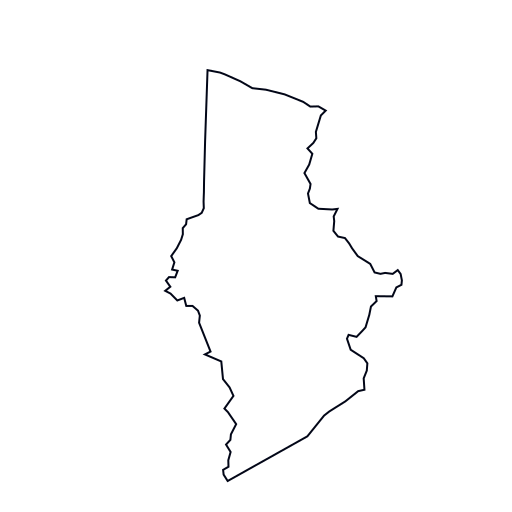 the district of Morro Redondo, Rio Grande do Sul, Brazil, rotated 333°
{"feature_id": "56859067B73555987690660", "entity_name": "Morro Redondo", "entity_type": "district", "adm_level": 2, "iso_a3": "BRA", "parent_name": "Brazil", "parent_adm1": "Rio Grande do Sul", "projection": "albers", "projection_center": [-52.634, -31.623], "detail": "fine", "context": "isolated", "style": "outline", "palette": "ink", "viewbox_px": 512, "rotation_deg": 333, "n_neighbors": 0, "source": "geoboundaries", "source_scale": "gbopen_adm2", "svg_char_len": 1577}
<svg xmlns="http://www.w3.org/2000/svg" viewBox="0 0 512 512"><g transform="rotate(333 256 256)"><path d="M164.6,237.0L165.7,244.5L159.3,245.8L162.8,250.7L165.7,259.9L173.0,260.7L171.2,268.8L176.8,271.7L179.5,278.4L178.9,283.6L175.0,289.6L172.1,320.5L165.8,320.5L177.2,334.2L170.7,350.7L172.8,361.1L172.4,370.4L158.6,377.6L160.1,382.3L162.0,396.8L152.7,403.5L149.7,408.2L143.7,410.4L144.4,419.1L138.6,425.4L135.8,431.3L129.6,431.6L127.9,436.1L128.6,443.6L219.9,440.0L244.2,429.1L250.7,427.8L259.2,427.0L269.5,426.1L285.7,422.8L291.9,424.4L296.4,413.9L302.7,408.4L306.5,402.2L305.6,396.0L297.8,382.5L299.5,371.0L302.7,368.3L308.9,373.7L316.7,371.0L321.2,369.3L330.2,359.9L335.5,353.2L343.0,350.9L344.5,346.2L359.2,353.9L366.8,347.7L372.5,347.7L374.9,344.0L376.7,337.7L375.9,332.9L369.7,334.0L363.4,329.7L358.8,328.4L354.2,324.5L354.2,314.9L346.6,302.3L345.1,292.8L344.7,287.1L343.4,280.4L337.9,275.9L336.4,268.7L341.5,260.5L343.2,256.0L350.0,251.0L345.1,249.2L333.0,242.2L328.0,233.3L330.7,223.9L334.6,220.4L337.3,216.6L336.8,204.1L344.9,198.7L352.6,190.5L350.7,183.5L358.4,181.3L363.2,178.5L365.7,172.6L377.6,160.2L384.1,158.1L379.5,151.0L372.2,147.5L368.1,140.2L354.9,125.0L340.3,112.3L328.9,104.8L321.3,93.1L318.2,89.3L310.6,79.9L307.2,76.2L297.2,68.4L262.6,130.9L243.5,166.1L238.5,175.6L236.1,179.9L234.0,183.7L231.2,189.7L227.2,192.9L223.2,193.4L216.4,192.5L210.9,191.8L208.1,196.0L203.4,197.9L200.7,203.4L196.6,207.6L189.0,213.1L180.4,217.6L180.4,224.6L175.1,230.0L179.5,233.6L174.3,238.3L168.9,235.3L164.6,237.0Z" fill="none" stroke="#020617" stroke-width="2"/></g></svg>